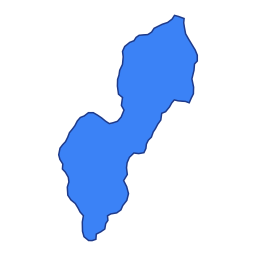 outline of Arantina, Minas Gerais, Brazil
{"feature_id": "56859067B73704269886290", "entity_name": "Arantina", "entity_type": "district", "adm_level": 2, "iso_a3": "BRA", "parent_name": "Brazil", "parent_adm1": "Minas Gerais", "projection": "equal_earth", "projection_center": [-44.228, -21.901], "detail": "fine", "context": "isolated", "style": "filled", "palette": "blue", "viewbox_px": 256, "rotation_deg": 0, "n_neighbors": 0, "source": "geoboundaries", "source_scale": "gbopen_adm2", "svg_char_len": 1496}
<svg xmlns="http://www.w3.org/2000/svg" viewBox="0 0 256 256"><path d="M62.4,169.0L65.4,172.2L68.3,177.3L68.9,182.0L67.3,187.1L67.8,195.2L70.9,199.9L75.3,203.5L78.1,208.1L80.1,212.0L83.4,215.7L82.3,222.0L82.4,226.9L82.5,231.3L84.0,236.7L88.6,240.5L92.1,240.6L95.9,239.3L96.3,234.1L100.8,231.8L104.8,229.0L105.7,223.6L107.9,220.4L107.5,215.8L110.8,213.9L116.7,212.9L120.9,209.9L122.8,205.5L126.8,200.4L128.5,193.7L126.7,186.7L123.6,180.6L127.3,174.5L126.5,167.8L127.1,162.7L129.4,157.3L133.9,153.0L138.7,153.6L143.9,152.7L145.9,148.5L146.4,144.1L148.3,140.2L151.4,137.1L153.2,132.0L155.4,128.7L157.7,124.3L160.8,120.0L161.7,113.3L165.6,111.7L169.5,106.9L171.8,102.8L174.3,99.9L178.0,100.8L182.2,101.2L185.4,101.4L189.2,102.8L191.2,98.2L193.4,93.8L193.6,87.2L191.9,78.9L194.0,70.2L194.5,64.0L197.3,61.0L197.3,55.2L195.2,50.0L192.1,44.9L188.6,39.1L185.6,33.8L184.4,27.4L183.7,22.8L184.1,18.5L178.3,16.4L174.5,15.4L172.1,19.1L167.6,22.5L162.4,24.2L157.7,26.5L154.1,28.3L151.6,32.1L147.8,34.6L143.1,34.9L139.1,35.3L136.1,37.4L134.0,40.7L129.7,42.4L124.7,46.5L122.5,51.4L123.2,56.8L122.5,64.4L119.7,70.3L119.0,75.1L117.6,79.4L117.4,86.1L118.5,94.2L122.5,97.5L121.4,105.4L124.0,110.1L121.2,117.0L117.5,121.3L112.9,122.8L109.3,123.6L105.6,121.2L101.6,117.9L97.3,115.0L93.3,112.7L88.4,112.7L84.3,115.9L80.3,117.5L77.3,121.0L74.9,125.7L72.3,129.2L69.5,132.6L67.7,137.3L65.5,141.7L62.6,144.8L60.0,148.2L58.7,154.8L59.9,159.4L62.8,164.0L62.4,169.0Z" fill="#3b82f6" stroke="#1e3a8a" stroke-width="1.5"/></svg>